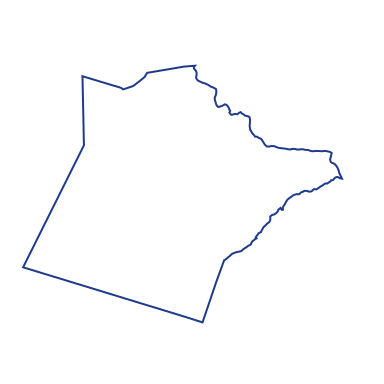 the district of Bondo, Nyanza, Kenya, rotated 17°
{"feature_id": "3690345B84738590288078", "entity_name": "Bondo", "entity_type": "district", "adm_level": 2, "iso_a3": "KEN", "parent_name": "Kenya", "parent_adm1": "Nyanza", "projection": "orthographic", "projection_center": [34.246, -0.149], "detail": "fine", "context": "isolated", "style": "outline", "palette": "blue", "viewbox_px": 384, "rotation_deg": 17, "n_neighbors": 0, "source": "geoboundaries", "source_scale": "gbopen_adm2", "svg_char_len": 4455}
<svg xmlns="http://www.w3.org/2000/svg" viewBox="0 0 384 384"><g transform="rotate(17 192 192)"><path d="M114.3,91.1L113.0,96.0L109.1,101.8L106.6,105.3L104.9,107.7L104.3,108.1L103.9,108.5L103.3,108.9L99.3,111.8L98.5,112.3L97.8,112.8L97.2,113.3L96.5,113.7L95.9,114.0L94.9,113.6L94.0,113.2L90.6,113.1L85.7,113.2L53.4,113.3L65.7,150.6L75.0,179.0L52.5,313.4L54.4,313.4L72.9,313.4L113.1,313.4L145.7,313.4L158.5,313.4L174.9,313.4L178.4,313.4L182.7,313.4L221.2,313.4L240.2,313.6L241.5,270.7L242.7,247.8L243.2,247.4L244.1,246.3L245.1,244.8L245.5,244.1L246.1,243.2L246.5,242.6L247.0,241.9L247.9,240.2L248.4,239.5L249.5,238.5L251.0,237.4L252.4,236.3L253.2,235.9L253.7,235.6L254.9,235.1L255.9,234.5L256.9,233.3L257.2,232.9L257.5,232.2L258.4,231.0L258.8,230.4L259.3,229.7L260.2,229.0L260.7,228.0L261.6,226.9L262.0,226.5L262.6,226.0L263.6,224.8L263.7,223.0L264.1,221.6L264.7,220.6L265.4,219.9L266.1,218.5L267.3,217.5L266.1,216.5L266.4,215.9L266.9,214.5L267.1,214.0L267.3,213.5L267.7,212.2L268.0,211.7L268.6,211.1L269.7,210.2L269.8,208.8L270.2,206.9L270.6,205.1L270.9,204.3L271.6,203.3L271.9,202.7L272.2,202.0L272.8,200.9L273.0,200.4L274.0,199.2L274.7,198.0L275.0,196.7L275.0,196.0L274.9,195.4L274.5,194.0L274.0,193.0L274.3,192.0L275.3,190.6L277.2,189.4L277.6,188.8L278.6,187.8L279.3,186.4L279.6,185.7L279.8,184.9L279.7,183.7L280.3,182.9L281.3,181.4L283.0,182.8L284.2,182.3L283.4,180.6L283.4,179.9L283.7,178.5L284.2,177.0L284.4,176.2L284.5,175.7L284.8,173.8L285.1,172.7L285.6,171.3L286.3,170.2L287.1,169.0L287.9,168.1L288.7,167.1L289.4,166.1L290.0,165.3L291.4,164.3L292.1,163.8L293.5,163.2L294.1,163.1L294.6,163.1L295.6,162.2L295.9,161.4L296.7,160.2L298.0,159.4L298.9,158.2L300.6,157.6L301.2,157.4L301.8,157.3L303.1,157.5L303.6,157.5L305.4,156.9L306.6,155.8L306.8,155.3L307.0,154.8L307.9,153.6L310.1,153.1L310.7,152.6L311.5,151.6L312.2,150.7L313.1,149.4L313.9,148.6L314.7,147.8L315.7,146.4L317.1,144.8L318.8,144.4L319.7,143.3L320.3,142.5L321.3,141.3L321.7,140.0L322.2,139.9L322.8,139.7L323.6,139.0L323.8,138.3L324.0,137.8L324.8,136.3L326.2,135.3L326.7,135.1L327.3,135.1L328.5,135.4L329.5,135.6L331.5,135.4L330.6,134.3L330.1,133.8L329.7,133.4L328.9,132.5L328.3,131.9L327.2,130.7L326.5,129.3L325.5,128.1L324.3,126.5L323.0,125.3L322.1,124.7L321.2,124.0L319.8,123.4L318.1,123.2L317.2,123.2L316.1,122.8L315.2,121.7L314.5,120.4L314.5,119.5L314.5,117.6L314.4,116.7L314.3,116.0L314.2,113.9L312.8,113.5L312.0,113.3L311.2,113.4L310.0,113.5L309.5,113.5L308.9,113.6L307.4,113.8L306.9,113.9L306.4,114.1L305.3,114.7L303.7,115.2L302.3,115.5L301.3,115.8L299.8,116.1L298.8,116.5L297.6,116.9L296.2,117.5L295.6,117.7L294.8,117.9L293.3,118.1L292.3,117.9L291.8,117.8L291.2,117.9L289.8,118.1L289.2,118.3L288.5,118.5L286.8,118.6L286.1,118.7L285.5,118.7L283.9,119.2L282.7,119.8L282.1,120.0L281.5,120.1L279.8,120.8L279.0,120.7L277.6,120.8L277.0,120.9L276.3,121.2L274.9,121.6L273.9,122.5L273.1,122.7L271.5,123.0L270.5,123.1L269.4,123.2L268.2,123.3L267.5,123.5L265.9,123.8L263.6,124.2L261.3,124.5L258.8,124.3L257.4,124.1L255.9,124.4L254.6,124.8L253.9,125.1L252.8,125.9L252.2,126.0L250.8,126.5L250.3,126.6L248.5,125.7L247.8,125.4L247.1,124.8L245.8,123.6L245.1,123.1L244.5,122.5L243.2,121.4L242.7,121.0L240.2,120.7L239.4,120.6L238.1,120.1L236.6,120.5L236.1,120.6L235.0,119.7L234.6,119.4L234.0,119.0L233.0,118.5L232.5,118.3L230.7,116.4L229.3,115.3L228.9,114.1L228.6,113.7L227.9,112.1L227.7,111.5L227.6,110.9L227.3,109.5L226.9,108.0L226.8,107.3L226.4,106.1L226.1,105.5L225.8,104.9L225.3,103.8L224.0,103.2L222.3,103.4L220.3,103.4L219.7,103.1L218.1,102.6L216.6,102.3L215.2,101.4L214.1,102.3L213.7,102.7L213.3,103.4L212.5,104.5L210.9,104.6L210.5,104.6L208.9,105.6L208.3,106.1L206.9,106.7L206.4,106.3L205.3,105.8L204.9,105.4L204.5,105.0L204.8,103.9L204.8,103.3L204.5,102.9L203.5,102.3L203.2,101.6L202.9,101.1L201.9,100.2L201.2,99.6L200.2,98.9L199.6,98.7L199.0,98.5L197.7,98.6L197.2,99.2L196.1,100.4L195.6,100.8L195.0,101.2L193.5,102.4L192.2,103.0L191.5,102.7L190.1,101.8L189.0,100.4L187.9,98.5L187.0,97.5L186.1,95.0L186.4,93.0L186.4,92.2L186.4,91.4L186.0,89.3L185.4,87.5L184.9,86.6L182.9,86.1L182.1,85.9L181.1,85.8L179.1,85.7L177.1,85.1L176.4,84.9L175.6,84.7L173.7,84.4L171.8,84.4L170.4,84.4L169.7,84.4L169.0,84.3L167.0,84.0L165.1,83.7L163.6,82.7L162.5,81.5L162.3,80.8L162.2,80.2L162.2,78.7L162.1,78.1L161.8,77.5L161.3,76.2L160.8,75.5L160.2,74.9L158.7,74.0L158.2,73.6L157.6,73.2L157.3,71.9L157.9,70.4L147.5,74.5L134.2,81.2L116.8,89.9L114.3,91.1Z" fill="none" stroke="#1e3a8a" stroke-width="2"/></g></svg>